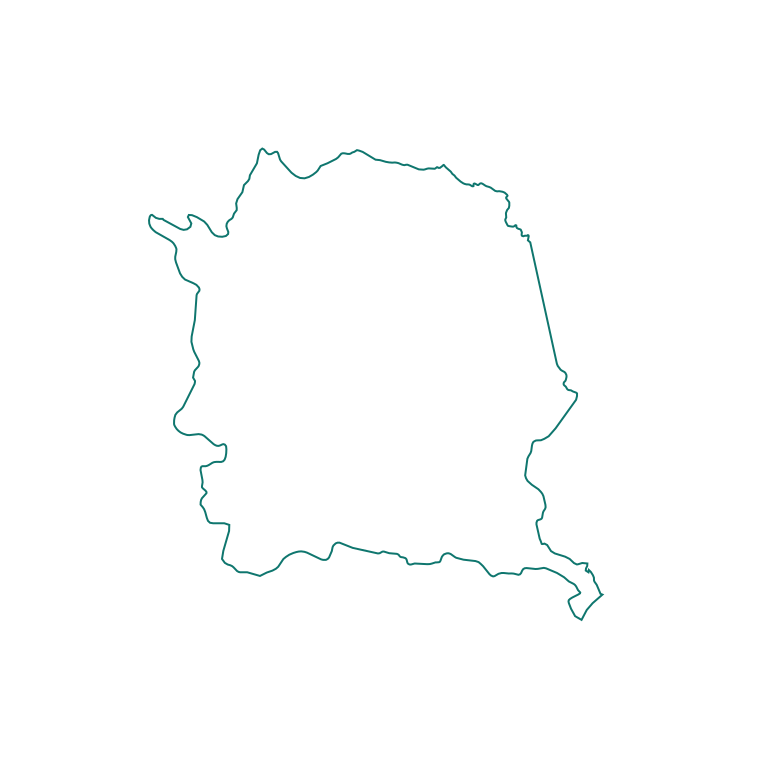 outline of Haute-Kotto, rotated 290°
{"feature_id": "CAF-866", "entity_name": "Haute-Kotto", "entity_type": "Prefecture", "adm_level": 1, "iso_a3": "CAF", "parent_name": "Central African Republic", "parent_adm1": "", "projection": "robinson", "projection_center": [22.992, 7.358], "detail": "fine", "context": "isolated", "style": "outline", "palette": "teal", "viewbox_px": 768, "rotation_deg": 290, "n_neighbors": 0, "source": "natural_earth", "source_scale": "10m", "svg_char_len": 6166}
<svg xmlns="http://www.w3.org/2000/svg" viewBox="0 0 768 768"><g transform="rotate(290 384 384)"><path d="M463.5,119.6L462.8,120.7L460.0,139.5L460.3,143.0L462.0,146.0L465.5,148.3L469.0,148.0L473.8,142.6L476.1,142.8L477.0,145.9L476.8,151.1L475.2,159.4L473.1,163.5L467.7,170.3L466.0,174.1L465.9,177.7L467.0,181.6L469.0,184.8L471.6,186.2L473.6,185.7L476.6,183.1L478.4,181.9L480.8,181.4L483.0,181.7L485.0,182.6L487.0,184.2L488.7,184.9L492.8,184.8L497.0,186.1L499.1,185.4L503.1,183.3L507.6,183.1L515.8,185.3L523.0,184.4L528.2,186.8L530.7,187.3L534.3,186.6L547.9,189.1L556.5,187.8L561.3,187.7L563.6,189.1L563.3,191.2L561.0,195.0L560.5,197.1L561.4,199.2L564.9,202.3L565.6,204.1L564.7,205.5L559.4,209.5L558.1,211.1L550.9,224.8L549.3,229.9L548.9,234.6L550.1,239.0L552.9,242.7L556.4,245.6L559.9,247.8L561.9,248.7L567.2,249.9L572.1,255.4L579.1,262.0L581.3,263.4L585.8,265.1L586.7,266.3L587.3,268.1L587.8,271.3L588.4,272.9L589.1,273.8L590.7,275.0L592.0,276.7L594.5,278.6L594.8,280.8L594.8,284.6L591.9,299.3L593.0,303.7L593.4,309.7L594.0,313.1L594.8,316.0L595.9,318.5L596.3,320.3L596.5,322.1L596.3,325.7L596.4,327.3L596.7,328.5L597.5,329.6L598.1,331.2L597.6,343.3L598.9,347.8L599.6,349.0L601.1,350.9L601.9,352.3L603.6,358.0L604.1,358.5L605.8,359.6L606.0,360.2L605.7,361.1L606.2,362.6L608.5,364.1L610.2,365.0L610.3,365.3L608.7,368.1L606.4,374.1L604.8,376.4L604.0,378.9L602.5,381.2L600.4,386.8L599.7,389.8L599.6,391.4L599.8,393.3L600.5,395.4L600.6,396.3L600.0,399.2L600.2,400.0L600.6,400.4L602.4,399.8L602.9,399.9L603.3,400.3L603.4,401.1L603.0,403.8L603.2,404.5L603.7,404.9L605.0,405.5L605.8,406.5L605.9,407.5L605.7,408.8L605.1,411.2L604.9,412.6L605.1,415.4L605.0,417.2L603.5,422.4L603.7,424.4L604.6,426.3L605.2,429.7L605.1,431.9L603.9,434.9L603.3,435.6L602.5,435.6L601.3,435.0L600.6,435.1L599.9,435.8L597.8,439.3L597.3,439.7L594.3,440.8L592.1,441.1L589.6,440.2L586.8,440.1L586.1,440.2L582.3,441.9L580.1,441.7L579.1,442.1L578.1,442.9L575.5,445.7L575.0,446.6L575.6,450.0L576.0,451.5L576.9,452.5L578.1,453.1L578.3,453.5L578.2,454.1L576.7,454.8L576.1,455.5L575.8,457.1L575.9,459.0L575.8,459.7L573.7,461.7L571.5,462.2L570.8,462.6L570.4,463.2L570.5,464.4L571.5,465.6L572.2,467.6L573.1,468.3L573.1,468.8L572.5,469.4L568.2,470.1L567.1,473.0L462.2,539.5L460.4,541.1L457.8,545.1L457.4,546.6L457.0,549.5L456.4,550.7L455.0,552.2L453.9,552.8L452.9,553.1L450.6,553.4L449.1,553.4L447.0,552.5L445.6,552.7L444.9,553.1L444.4,553.8L443.7,555.7L441.8,558.0L441.5,558.9L441.5,559.7L442.0,561.8L441.6,564.0L441.6,567.4L441.2,568.6L438.7,569.5L434.9,569.9L401.0,560.4L391.2,556.6L387.3,553.4L384.8,550.7L383.4,547.2L382.8,546.0L381.4,544.7L380.4,544.1L378.8,543.9L376.8,544.1L371.3,545.3L369.2,545.3L365.4,544.5L362.8,544.3L346.4,547.9L344.0,549.7L342.0,552.1L339.9,557.3L337.9,565.1L336.3,568.3L335.0,570.3L333.1,572.2L325.7,577.0L323.5,578.0L321.8,578.1L318.8,577.4L317.3,577.4L312.4,578.3L311.3,578.1L310.4,577.4L308.8,575.3L307.9,574.7L305.9,574.7L304.2,575.3L291.9,583.2L290.0,585.0L287.7,586.9L287.9,587.9L288.9,589.4L288.5,592.4L284.1,598.1L283.2,602.5L283.7,613.2L283.1,618.3L280.7,623.8L280.4,626.9L280.9,627.9L283.6,631.5L284.9,636.5L282.5,637.2L279.8,636.9L277.7,637.4L277.0,640.5L279.3,640.1L278.1,642.7L275.7,645.8L273.8,647.5L271.3,648.5L270.3,649.3L268.0,652.6L260.9,659.2L260.8,661.3L249.4,655.0L241.0,651.8L229.9,650.3L231.2,643.0L236.8,636.6L241.5,632.5L242.9,631.7L244.1,631.6L245.6,632.3L247.8,634.0L252.8,638.7L254.3,639.8L255.2,639.7L256.7,636.8L259.5,633.8L260.5,632.2L261.0,630.7L261.7,625.2L264.0,619.3L265.6,611.2L266.2,599.4L265.9,597.1L262.9,591.8L262.0,589.7L259.8,580.9L258.9,579.1L257.4,578.0L255.4,577.6L253.3,577.5L251.7,576.9L250.7,575.6L250.2,570.8L249.6,568.6L248.6,566.1L247.4,561.3L246.6,559.1L244.8,556.5L241.3,553.6L240.5,552.3L240.6,550.1L241.4,548.1L246.7,539.4L248.0,536.5L249.0,533.8L248.9,530.5L246.1,518.8L245.4,511.3L245.6,510.0L247.0,505.0L247.1,503.6L246.9,502.1L246.2,500.7L244.5,498.7L242.8,497.9L241.3,497.5L237.1,497.5L236.1,497.3L235.4,496.7L234.8,495.5L233.9,493.3L231.7,490.5L230.5,488.7L229.5,486.3L225.8,474.2L223.8,471.4L223.2,470.2L223.2,468.7L223.5,467.8L224.1,467.1L226.8,465.2L227.4,464.4L227.7,463.5L227.6,461.1L227.2,459.3L227.2,458.5L227.5,457.7L228.5,456.2L228.7,455.4L228.8,454.2L226.8,446.8L226.5,441.1L225.9,439.8L223.5,437.8L222.7,436.3L219.3,410.7L219.7,396.5L219.0,394.6L217.7,393.1L214.9,391.7L213.1,391.5L209.1,392.1L202.2,391.7L200.3,390.9L198.9,389.6L197.9,386.9L197.7,384.9L199.2,369.3L199.1,366.7L198.4,363.4L197.4,361.2L196.1,359.1L194.2,356.6L191.2,353.4L188.0,351.0L185.1,349.3L176.1,347.1L173.4,345.6L170.5,343.0L166.7,338.3L161.2,333.1L160.3,319.8L157.9,313.3L157.7,311.7L158.0,309.9L160.3,305.3L160.9,303.6L161.1,301.6L160.9,298.9L161.5,295.6L164.2,291.6L172.2,290.1L192.9,288.7L198.7,286.8L198.5,281.6L194.7,271.1L194.1,268.0L195.2,265.4L197.6,263.3L202.4,259.9L204.8,257.8L206.2,255.9L207.9,252.9L210.4,252.1L212.5,251.8L214.4,252.0L220.6,254.5L221.7,254.2L222.7,252.8L224.0,249.4L224.7,248.3L225.7,247.9L229.5,247.2L231.7,246.2L240.4,241.0L242.8,240.5L243.9,240.7L244.6,241.4L245.8,244.6L246.8,246.0L248.2,247.3L251.3,249.7L252.5,251.1L253.5,253.1L255.1,257.7L256.4,259.3L258.4,260.1L261.4,260.1L265.0,259.4L268.8,258.2L271.5,256.9L272.6,255.2L272.6,253.8L272.0,252.8L270.2,251.0L269.3,249.8L268.8,248.2L268.8,246.5L269.2,244.5L273.6,233.2L273.9,231.9L274.1,230.0L273.5,226.9L269.4,218.6L268.9,217.0L268.7,215.8L268.6,212.2L268.9,209.5L269.7,206.9L270.8,204.6L272.5,202.3L273.6,201.1L274.6,200.4L278.1,199.2L280.8,198.7L283.7,198.5L286.6,199.4L291.6,202.4L293.9,203.1L319.2,206.0L321.1,205.7L322.2,205.4L324.7,202.4L330.5,201.4L332.2,201.6L336.5,203.4L337.7,203.7L339.7,203.6L340.9,203.2L342.3,202.2L349.4,194.6L351.4,192.9L357.8,188.6L362.9,187.0L379.3,184.4L403.4,177.5L404.8,177.5L408.5,178.6L410.0,178.2L411.3,177.1L413.0,173.8L413.5,170.5L414.1,161.3L415.7,157.7L418.2,154.5L427.2,146.9L429.9,145.1L432.2,144.3L437.1,143.6L439.6,142.9L440.4,142.4L442.3,140.6L444.2,138.1L445.1,136.2L445.9,133.4L448.6,117.5L449.7,114.6L450.8,112.4L451.9,110.8L454.4,108.6L457.5,107.2L460.9,106.7L462.3,106.9L463.2,107.4L463.6,108.2L462.1,112.8L462.3,116.4L463.5,119.6Z" fill="none" stroke="#0f766e" stroke-width="2"/></g></svg>